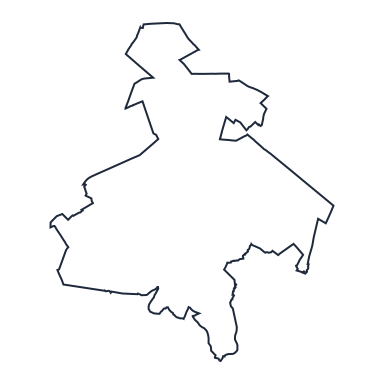 outline of Nopalucan, Puebla, Mexico
{"feature_id": "50627088B31186547643860", "entity_name": "Nopalucan", "entity_type": "district", "adm_level": 2, "iso_a3": "MEX", "parent_name": "Mexico", "parent_adm1": "Puebla", "projection": "mercator", "projection_center": [-97.825, 19.193], "detail": "fine", "context": "isolated", "style": "outline", "palette": "slate", "viewbox_px": 384, "rotation_deg": 0, "n_neighbors": 0, "source": "geoboundaries", "source_scale": "gbopen_adm2", "svg_char_len": 5904}
<svg xmlns="http://www.w3.org/2000/svg" viewBox="0 0 384 384"><path d="M260.5,126.0L261.7,125.2L262.0,124.2L262.5,121.7L263.1,119.3L263.1,119.0L263.4,116.5L263.5,116.2L264.1,113.8L266.5,108.8L260.6,103.1L264.4,99.6L267.5,96.4L267.9,96.1L260.6,91.7L259.1,91.0L258.0,90.3L257.1,89.9L252.6,88.0L252.3,87.9L251.8,87.8L248.6,86.6L246.8,85.6L241.3,81.9L238.7,80.4L238.4,80.4L237.6,80.9L233.4,81.3L229.6,81.7L229.2,78.0L229.0,73.7L228.8,73.6L221.5,73.6L214.3,73.8L211.2,73.7L209.8,73.8L209.7,73.8L200.8,73.9L194.9,73.8L191.7,73.9L184.0,64.1L179.6,60.0L179.9,59.9L180.1,59.8L187.7,55.6L197.8,50.0L198.8,49.8L194.3,44.8L193.7,44.4L193.4,44.2L191.5,42.0L189.9,40.4L188.1,38.4L186.6,36.0L185.5,34.1L182.7,29.7L180.5,26.1L180.0,25.1L179.5,24.3L177.5,24.2L174.1,23.3L166.8,23.0L160.3,23.3L150.3,23.8L143.6,24.4L142.8,28.0L140.6,27.7L140.3,27.9L140.2,27.6L138.1,33.3L137.1,35.4L136.9,36.5L136.6,37.5L134.0,41.2L132.6,43.1L131.8,43.7L131.3,45.1L128.6,49.0L125.8,54.0L126.3,54.5L139.4,65.9L153.2,77.7L144.7,78.5L143.0,78.8L141.0,79.6L136.8,82.4L134.5,83.7L130.5,94.5L128.1,101.4L126.7,104.9L125.5,108.1L125.5,108.5L126.1,108.2L126.5,108.2L127.4,107.7L127.8,107.6L128.4,107.2L128.8,107.1L130.2,106.3L130.6,106.2L131.9,105.8L133.0,105.1L133.4,105.2L133.5,105.1L133.5,104.9L134.5,104.6L135.0,104.4L136.3,103.8L142.5,101.3L142.6,101.6L147.5,116.1L153.4,133.4L156.2,134.9L157.1,136.9L158.3,139.0L152.9,143.8L139.6,155.2L131.1,158.8L97.9,173.6L91.7,176.4L89.0,177.9L87.2,179.3L85.9,180.7L84.2,182.9L83.3,184.3L84.0,184.1L84.7,184.0L85.1,184.2L85.8,184.7L85.3,185.5L84.4,185.9L84.2,186.8L84.5,187.3L84.7,188.2L85.1,188.8L85.1,189.4L86.6,193.6L85.6,195.6L91.4,198.4L91.5,199.7L91.7,200.9L92.9,203.1L85.3,207.6L81.5,209.8L81.8,210.1L82.2,210.3L82.5,210.6L82.0,210.8L81.2,211.6L80.5,212.4L79.8,212.5L79.3,212.6L77.7,213.4L73.4,215.8L72.8,215.4L71.6,216.2L69.4,218.5L68.1,219.8L62.3,214.0L56.7,216.2L50.6,222.4L50.5,227.4L53.6,226.0L54.5,226.0L55.1,226.7L56.7,229.5L60.8,235.6L63.6,240.1L65.0,242.0L65.6,243.4L66.3,244.5L68.3,247.2L67.9,247.6L66.1,250.0L59.1,269.3L57.4,270.0L59.5,275.0L61.7,279.7L62.5,281.9L63.4,284.5L104.8,290.8L104.9,290.6L105.7,291.3L108.8,290.8L109.8,291.2L110.7,292.8L111.6,291.6L122.4,293.5L137.5,294.2L137.8,293.6L140.3,294.5L141.3,295.2L141.8,295.2L145.0,295.1L146.7,294.9L147.2,294.7L148.9,293.1L151.9,290.8L152.4,290.5L153.7,290.1L155.7,289.0L156.4,288.4L157.1,287.4L157.4,287.1L157.7,287.0L158.0,287.0L158.2,288.6L158.2,288.8L156.7,291.5L155.8,293.2L154.6,295.0L153.7,297.7L152.5,299.0L152.3,299.6L151.3,300.8L149.2,304.3L148.6,306.7L148.6,308.3L148.7,309.1L150.3,311.8L152.2,312.5L153.6,313.3L157.1,313.7L159.5,313.8L160.7,312.0L162.3,310.6L163.3,309.2L164.3,308.4L165.7,308.5L166.5,307.3L167.9,307.3L168.9,309.3L169.8,310.5L171.4,312.1L172.4,312.6L172.9,313.0L173.2,313.6L173.3,314.5L174.1,314.8L175.8,316.6L177.2,317.5L178.2,317.6L179.8,318.3L181.6,318.3L183.3,318.6L183.6,318.8L183.7,318.4L184.2,317.6L184.9,316.2L186.6,311.6L187.4,310.2L188.1,308.6L188.6,307.1L190.0,307.7L191.1,309.1L192.8,310.7L194.4,311.6L199.1,313.4L196.3,314.6L194.8,315.6L192.7,316.0L192.7,316.4L193.4,317.5L195.0,319.9L196.4,321.2L197.8,322.4L198.7,323.9L199.9,325.5L202.0,327.1L204.3,328.3L205.6,329.7L206.6,330.8L207.4,332.6L207.9,334.3L208.3,335.9L208.6,338.6L208.6,341.7L208.5,342.9L209.3,344.2L210.1,345.3L210.6,346.1L210.9,347.0L211.0,348.8L211.2,350.8L215.0,354.7L215.6,355.2L215.0,356.9L214.9,357.7L215.2,357.9L217.5,358.3L218.4,358.6L218.7,358.9L219.4,360.4L220.6,361.0L222.5,358.2L222.7,357.9L223.1,356.2L224.6,356.5L224.8,355.6L225.1,355.3L226.0,354.8L228.1,354.1L232.9,353.9L233.6,353.6L234.7,353.0L236.5,351.3L237.4,349.9L237.4,346.0L237.3,344.5L236.2,342.1L235.0,339.6L235.1,339.2L235.0,338.7L234.9,337.7L235.2,335.5L235.3,334.8L236.0,333.1L236.4,331.8L236.7,329.7L236.8,327.0L233.0,309.3L232.7,308.3L231.0,306.4L230.7,305.6L230.4,303.8L230.1,302.6L230.7,301.7L231.1,300.3L231.4,299.7L232.0,299.3L232.4,299.3L232.6,297.8L234.0,295.5L233.0,294.3L232.6,294.5L233.0,291.4L233.7,291.3L233.7,290.7L233.8,289.8L235.1,287.9L234.3,287.9L236.2,284.5L235.4,283.8L234.9,284.1L234.5,279.9L224.1,269.6L225.0,268.2L226.3,265.5L227.4,262.6L228.6,262.8L230.9,262.5L231.1,261.5L232.8,261.1L233.0,260.9L233.4,261.0L234.5,260.9L234.5,260.7L235.2,260.7L236.5,260.6L236.9,260.4L237.2,260.6L238.4,260.4L239.1,259.6L239.6,259.2L240.0,259.1L241.1,259.0L243.4,258.6L243.4,258.4L243.1,257.1L242.9,256.7L242.9,256.4L242.9,256.1L243.0,255.9L243.0,255.7L243.9,254.8L245.0,254.7L245.3,254.2L245.1,253.9L244.9,253.9L245.4,253.4L245.9,253.3L247.1,252.2L247.4,252.1L248.0,251.4L247.7,250.4L247.8,249.9L249.0,249.2L249.7,247.4L249.9,246.0L250.9,245.0L251.3,244.0L252.1,245.0L254.9,246.2L259.9,248.4L264.6,252.3L265.3,252.7L266.4,252.2L267.2,252.2L268.6,252.7L269.1,252.7L270.2,252.4L270.6,252.4L271.2,252.2L271.4,252.0L272.5,250.8L278.2,255.1L279.7,253.7L293.5,243.9L296.1,246.6L303.1,254.8L300.9,258.3L300.6,258.4L299.3,260.6L298.6,262.2L296.8,265.7L296.2,265.6L296.0,265.9L297.8,269.0L296.7,270.5L302.7,272.3L303.7,271.4L304.1,271.5L302.9,272.7L305.3,273.6L306.4,272.4L306.8,271.8L307.0,271.7L306.9,270.0L308.2,268.6L308.2,267.7L308.2,267.0L308.0,266.8L308.1,266.1L308.6,264.3L307.6,264.1L308.2,261.7L308.3,260.8L309.3,255.9L311.6,248.2L312.4,245.1L313.8,237.0L318.1,218.8L325.8,223.3L330.5,212.9L333.5,205.7L328.6,201.6L302.3,179.9L298.6,176.8L270.4,153.6L269.2,152.8L265.6,150.0L264.0,149.1L259.4,144.9L254.9,141.0L254.3,140.2L249.1,136.0L247.4,134.5L246.8,135.1L245.7,135.8L244.3,136.3L243.6,136.7L236.2,140.7L234.4,140.6L230.9,140.3L229.1,140.0L225.4,139.8L219.9,139.3L220.2,137.8L220.4,137.4L220.9,135.8L221.1,134.6L221.3,134.2L221.6,133.0L221.7,132.8L221.7,132.4L222.3,130.1L226.2,117.0L228.9,119.1L233.7,123.1L235.5,119.8L236.9,120.6L240.3,122.4L246.4,130.3L247.2,129.5L247.9,128.7L248.6,127.6L249.3,126.8L250.5,126.6L251.5,125.6L255.2,122.0L258.3,125.0L258.8,124.4L260.5,126.0Z" fill="none" stroke="#1e293b" stroke-width="2"/></svg>